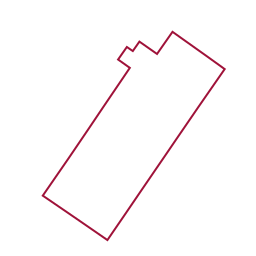 the district of Howard, Indiana, United States of America, rotated 125°
{"feature_id": "52423323B16431828353602", "entity_name": "Howard", "entity_type": "district", "adm_level": 2, "iso_a3": "USA", "parent_name": "United States of America", "parent_adm1": "Indiana", "projection": "robinson", "projection_center": [-86.172, 40.47], "detail": "fine", "context": "isolated", "style": "outline", "palette": "rose", "viewbox_px": 256, "rotation_deg": 125, "n_neighbors": 0, "source": "geoboundaries", "source_scale": "gbopen_adm2", "svg_char_len": 410}
<svg xmlns="http://www.w3.org/2000/svg" viewBox="0 0 256 256"><g transform="rotate(125 128 128)"><path d="M24.3,82.6L24.0,104.1L23.7,146.7L31.4,146.7L50.7,146.7L50.7,168.2L62.2,168.2L62.3,175.4L77.6,175.4L77.7,161.0L124.7,160.3L151.7,159.8L186.2,159.3L232.3,159.0L231.9,123.5L231.6,80.6L201.1,80.9L170.8,81.3L124.5,81.8L109.3,82.0L70.2,82.4L24.3,82.6Z" fill="none" stroke="#9f1239" stroke-width="2"/></g></svg>